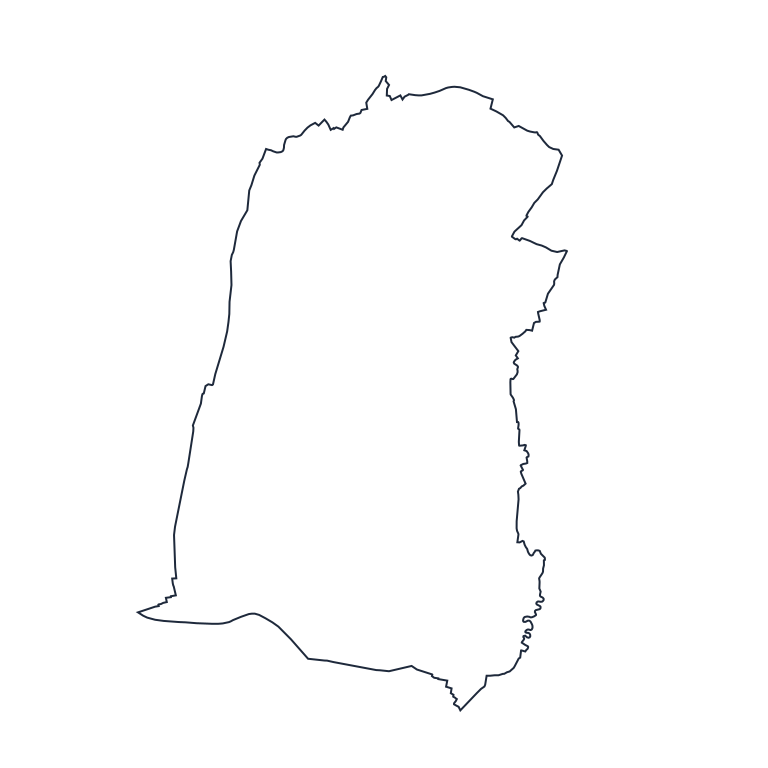 Phak Hai, Phra Nakhon Si Ayutthaya, Thailand (Albers equal-area conic projection), rotated 101°
{"feature_id": "78962969B77944548728252", "entity_name": "Phak Hai", "entity_type": "district", "adm_level": 2, "iso_a3": "THA", "parent_name": "Thailand", "parent_adm1": "Phra Nakhon Si Ayutthaya", "projection": "albers", "projection_center": [100.331, 14.454], "detail": "fine", "context": "isolated", "style": "outline", "palette": "slate", "viewbox_px": 768, "rotation_deg": 101, "n_neighbors": 0, "source": "geoboundaries", "source_scale": "gbopen_adm2", "svg_char_len": 6130}
<svg xmlns="http://www.w3.org/2000/svg" viewBox="0 0 768 768"><g transform="rotate(101 384 384)"><path d="M668.2,406.1L666.8,389.6L666.4,387.1L666.6,380.5L666.3,337.0L665.8,333.5L665.0,324.3L655.5,303.1L658.0,297.2L659.9,281.3L660.1,281.1L661.6,281.2L662.8,278.7L662.6,274.5L663.3,274.4L663.1,265.3L669.3,265.3L669.9,259.6L674.8,259.4L675.8,256.5L677.7,256.4L678.5,254.1L679.0,253.4L679.4,252.4L681.5,253.0L683.8,254.2L684.4,254.3L685.1,254.1L686.7,249.1L689.8,246.8L669.7,233.9L664.8,230.6L661.8,227.7L659.9,227.3L650.8,227.6L650.2,224.4L648.8,219.8L648.1,216.1L645.9,212.1L645.5,210.6L643.5,208.3L642.2,205.8L637.9,202.5L635.9,201.8L627.8,199.4L626.6,198.1L619.4,198.6L619.3,198.4L619.6,194.3L617.8,193.5L616.7,192.6L615.5,192.3L614.6,192.3L614.0,192.8L613.2,195.6L611.6,199.4L610.8,199.3L608.3,198.0L607.5,197.8L606.8,198.0L605.7,199.0L604.8,198.9L604.1,197.4L605.4,195.2L605.5,193.7L604.9,192.7L603.9,192.3L602.8,192.5L602.0,192.8L601.2,193.6L600.8,194.6L601.0,196.9L600.8,197.5L600.4,198.0L599.7,198.0L598.3,197.1L597.6,196.1L597.4,195.0L597.6,193.4L597.3,192.7L596.7,192.1L595.1,191.7L593.9,191.9L592.6,192.3L591.4,193.1L589.3,194.8L588.7,195.9L588.6,196.6L588.9,197.7L590.5,199.7L590.8,201.3L590.5,201.9L589.9,202.3L588.5,202.4L587.1,202.2L586.3,201.8L585.8,201.3L584.9,199.1L584.8,197.0L585.1,195.7L584.8,194.4L583.6,192.5L582.0,190.8L581.6,190.7L581.2,190.8L579.0,192.4L577.8,192.4L577.0,191.8L575.3,188.2L574.5,187.7L573.9,187.6L572.7,187.9L572.3,188.4L571.3,191.8L570.9,192.3L570.4,192.6L569.3,192.5L568.3,191.7L568.0,191.0L567.9,188.6L567.5,187.3L566.7,186.6L565.5,186.1L564.4,186.3L563.8,186.9L563.3,187.7L562.8,189.7L562.1,190.5L560.8,190.7L557.9,190.6L555.1,192.5L549.2,193.4L547.8,193.7L545.4,194.6L544.5,194.5L539.5,192.4L537.9,192.1L534.8,192.6L531.4,192.4L526.7,193.4L526.3,193.2L525.9,192.5L524.1,192.9L523.6,193.3L520.7,197.6L518.1,199.3L517.9,200.7L518.1,202.2L518.6,203.6L519.9,204.0L521.2,204.7L523.4,205.3L524.2,206.3L524.2,207.6L523.6,208.6L522.0,210.1L521.0,210.8L518.6,212.0L517.0,213.7L514.9,215.3L511.9,216.8L511.6,218.1L513.6,220.6L513.9,222.9L506.1,223.3L505.3,223.6L502.7,225.4L500.3,226.3L493.4,227.6L471.5,229.9L467.0,231.0L464.1,232.0L461.1,231.5L460.2,230.4L458.2,229.2L457.2,227.8L454.8,226.0L446.0,232.0L444.0,233.0L443.6,232.9L442.2,231.3L441.8,231.2L437.9,234.3L437.6,234.2L435.9,232.0L435.0,229.5L434.2,228.3L432.7,228.6L429.0,230.0L428.6,229.8L427.6,228.4L426.0,228.5L424.6,229.2L422.8,231.0L422.6,231.3L422.3,233.6L417.4,233.0L417.0,233.2L417.0,234.5L417.7,235.7L418.7,239.1L418.7,239.5L418.4,239.7L415.1,240.6L403.5,242.2L402.8,242.5L402.5,243.5L402.0,243.9L398.3,244.1L396.5,244.5L395.8,245.0L396.0,246.2L383.6,249.7L376.3,253.5L375.2,253.3L374.5,253.6L372.8,254.9L370.3,257.5L369.8,257.8L358.2,260.3L355.3,260.7L354.8,260.6L354.5,260.1L354.6,258.4L354.4,258.0L349.2,255.4L346.9,255.1L345.5,255.4L344.0,256.0L342.0,255.7L341.3,255.9L340.4,257.0L339.2,260.0L338.3,260.7L337.6,260.7L335.9,260.0L335.0,259.4L333.3,257.5L330.8,260.1L326.1,258.4L318.6,266.8L314.5,268.5L314.2,268.3L313.6,267.0L313.6,264.9L312.6,263.9L311.9,261.5L311.1,260.2L308.4,257.7L305.3,255.3L303.7,254.6L303.3,251.4L303.4,248.8L295.5,248.4L294.0,246.7L293.2,243.4L293.0,243.1L291.7,243.3L284.9,246.3L283.9,246.6L282.8,244.7L280.2,239.1L276.8,241.5L274.1,242.7L273.8,242.4L273.4,241.4L273.1,241.2L264.1,240.3L254.2,236.0L252.8,236.1L250.8,236.6L249.5,236.4L248.5,236.0L246.0,234.1L243.8,234.4L233.0,234.2L225.5,231.6L218.7,229.8L218.5,230.0L218.4,232.3L221.4,239.2L221.2,245.1L219.0,251.1L218.0,255.6L217.6,260.9L215.7,268.2L214.5,276.2L214.7,276.7L217.2,278.0L217.4,278.3L216.0,281.1L216.8,282.1L216.7,282.9L215.0,286.5L214.6,286.6L209.5,285.0L201.8,279.3L196.7,277.7L192.5,275.0L192.2,275.0L191.8,276.2L191.4,276.3L187.5,275.1L182.3,272.7L177.5,271.0L173.5,268.3L165.5,264.6L161.1,261.6L155.8,257.4L151.3,256.8L141.7,254.9L125.8,252.8L120.7,257.3L121.0,262.7L119.9,267.1L118.2,269.7L114.9,273.9L110.9,278.2L109.8,280.3L108.2,281.3L107.7,281.8L107.7,282.3L108.2,283.4L108.3,284.6L108.3,288.8L108.0,291.7L105.0,301.0L107.3,305.1L102.8,310.8L102.2,312.4L99.6,315.3L97.5,318.4L95.0,325.7L93.4,332.0L83.8,331.5L82.6,341.8L80.5,348.4L79.9,351.1L79.0,356.8L78.2,365.8L78.8,371.7L79.4,373.9L80.7,377.6L81.7,379.6L85.7,385.4L88.3,390.0L90.4,394.2L93.6,402.4L94.1,405.1L94.5,408.4L94.8,414.9L95.6,415.5L98.0,418.6L101.2,420.1L97.6,423.0L103.8,430.8L100.2,433.3L100.3,436.3L93.7,437.3L89.5,436.1L86.3,440.1L82.5,440.3L81.4,441.6L82.3,442.5L82.9,443.8L87.3,444.7L92.4,446.0L93.4,446.5L95.0,447.8L97.1,448.9L101.6,450.6L108.0,453.9L111.2,455.1L117.1,452.9L119.3,458.3L122.4,458.9L123.2,459.6L124.2,462.4L126.2,465.6L126.9,467.8L128.7,468.4L133.5,469.3L139.9,472.8L142.3,473.1L141.2,479.8L143.1,481.7L142.4,482.3L144.7,484.8L139.9,488.2L137.5,490.7L135.8,492.9L142.8,497.5L140.8,501.4L144.1,505.5L146.9,508.0L150.4,510.3L155.2,512.8L156.1,513.7L158.0,516.9L158.2,518.1L158.1,520.2L159.7,524.5L160.7,525.9L162.1,526.9L163.2,527.2L168.5,527.7L171.1,527.3L173.5,527.4L174.7,527.9L175.6,528.9L176.1,529.7L176.9,532.1L177.2,533.6L176.7,537.3L176.1,539.5L176.1,542.2L175.8,544.6L186.0,546.3L190.6,548.4L192.3,547.8L192.7,547.8L204.1,551.0L214.2,552.1L219.7,553.2L239.5,551.3L251.3,555.5L262.2,557.3L281.0,557.0L283.4,557.2L286.3,558.0L292.7,558.0L302.9,555.5L316.0,552.6L332.8,551.3L344.8,549.2L352.9,548.5L362.3,548.0L378.1,548.6L406.4,551.5L417.0,551.8L417.7,552.3L417.9,552.7L417.8,556.4L420.1,558.8L427.6,559.1L427.9,559.3L428.2,560.1L428.7,560.3L430.8,560.4L438.2,560.0L461.2,563.7L463.3,562.7L466.9,562.2L498.7,561.0L502.9,560.9L505.3,561.2L517.1,561.6L564.0,561.9L572.3,561.3L603.8,554.0L614.4,550.8L615.4,554.8L620.0,553.3L622.0,552.4L622.8,551.8L631.2,548.0L633.0,552.7L633.9,552.5L635.5,557.3L639.5,555.6L641.0,559.0L642.5,560.9L643.4,563.2L643.7,563.4L645.0,562.8L646.2,566.1L655.1,581.9L657.4,576.2L658.5,571.9L659.1,563.7L658.6,555.0L656.8,539.8L655.8,533.2L654.6,522.5L652.1,506.4L650.9,500.5L649.8,496.6L647.3,490.7L646.2,489.1L644.6,487.2L639.8,479.9L635.6,472.7L634.6,469.7L634.1,467.0L634.5,462.5L636.6,455.6L639.3,448.0L642.3,441.4L652.3,426.7L668.2,406.1Z" fill="none" stroke="#1e293b" stroke-width="2"/></g></svg>